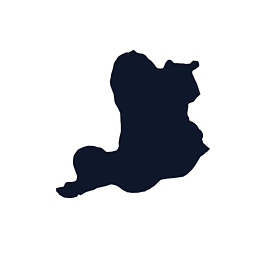 outline of Esperantina, Tocantins, Brazil, rotated 333°
{"feature_id": "56859067B95220244681893", "entity_name": "Esperantina", "entity_type": "district", "adm_level": 2, "iso_a3": "BRA", "parent_name": "Brazil", "parent_adm1": "Tocantins", "projection": "natural_earth1", "projection_center": [-48.538, -5.311], "detail": "fine", "context": "isolated", "style": "filled", "palette": "ink", "viewbox_px": 256, "rotation_deg": 333, "n_neighbors": 0, "source": "geoboundaries", "source_scale": "gbopen_adm2", "svg_char_len": 2375}
<svg xmlns="http://www.w3.org/2000/svg" viewBox="0 0 256 256"><g transform="rotate(333 128 128)"><path d="M190.6,183.3L189.3,180.4L187.4,175.5L187.9,172.9L188.3,170.7L190.0,169.8L191.3,167.4L191.4,165.0L191.1,163.2L190.2,161.9L190.0,159.7L189.9,157.4L188.9,154.4L187.7,152.3L186.1,150.8L185.3,148.9L186.3,146.6L186.1,144.3L186.5,142.7L187.2,140.8L188.6,139.1L189.5,137.5L190.8,136.0L191.5,133.9L193.2,133.0L195.7,133.2L197.9,133.6L199.8,133.0L201.6,132.0L203.5,131.2L205.3,130.7L207.2,130.2L208.9,119.0L208.8,116.6L209.0,113.9L209.3,107.9L210.8,105.9L212.6,105.3L214.6,105.5L216.8,105.1L218.9,104.6L219.9,102.7L219.9,100.6L218.3,99.4L216.6,98.4L214.6,98.8L213.0,99.5L211.1,99.2L209.6,98.4L207.9,97.7L206.6,96.5L205.0,95.6L203.5,94.9L201.7,93.6L200.2,92.8L198.2,91.8L197.3,90.0L196.7,87.7L195.3,86.4L193.6,86.5L191.7,87.5L190.4,88.3L189.2,89.6L187.5,90.9L185.9,91.3L184.2,90.8L182.9,90.0L181.2,89.0L180.1,87.1L179.8,85.4L179.7,83.7L179.2,81.8L178.5,79.1L177.2,76.7L176.4,74.5L176.2,72.2L175.2,70.5L174.1,68.8L172.5,68.0L170.9,66.6L169.6,65.3L168.0,61.6L165.2,61.8L162.1,61.6L160.8,60.6L156.2,60.3L152.4,60.6L150.7,61.3L149.3,62.3L147.3,63.2L145.8,64.3L144.4,65.6L143.1,67.5L141.7,69.0L139.8,71.1L138.0,72.8L136.2,75.6L134.8,77.2L133.7,78.7L132.4,81.8L132.0,84.9L131.8,86.7L131.3,91.6L128.9,98.0L128.4,100.8L128.8,105.7L128.6,111.2L125.0,119.1L123.9,122.0L120.7,128.3L116.9,132.7L113.6,137.2L112.5,140.2L111.4,141.4L109.9,142.6L107.5,143.5L102.8,142.5L98.1,140.6L97.0,139.4L95.3,135.3L94.0,133.3L92.5,132.6L89.6,129.7L87.7,128.4L84.3,126.5L82.5,126.0L79.1,125.4L74.0,125.2L69.9,127.1L67.7,128.5L66.3,130.2L64.3,133.4L63.3,135.7L62.8,138.2L61.7,147.3L61.0,149.0L59.6,150.9L58.0,152.0L56.5,152.1L54.3,151.7L52.4,150.9L49.0,149.2L47.4,149.3L45.6,150.8L43.8,151.9L40.8,150.7L36.9,149.9L36.1,152.0L36.9,153.8L37.1,155.8L39.8,160.2L41.6,161.5L45.8,163.9L48.2,164.7L51.1,165.2L54.0,163.7L55.7,165.7L61.6,165.3L66.9,166.2L69.2,166.9L73.5,166.7L81.5,168.8L86.1,169.5L88.2,170.1L91.5,172.9L93.7,175.9L95.8,180.4L98.7,184.4L100.4,185.4L101.6,186.5L107.2,189.3L108.8,189.8L110.6,190.2L114.5,191.5L116.2,191.3L119.7,191.5L122.3,191.0L124.7,190.9L133.8,188.2L140.5,190.3L146.7,192.8L155.1,195.7L159.4,195.4L166.1,193.4L171.2,190.8L173.9,189.1L177.0,187.1L179.3,185.7L182.6,185.4L184.8,184.8L186.2,184.4L188.2,184.2L190.6,183.3Z" fill="#0f172a" stroke="#020617" stroke-width="1.5"/></g></svg>